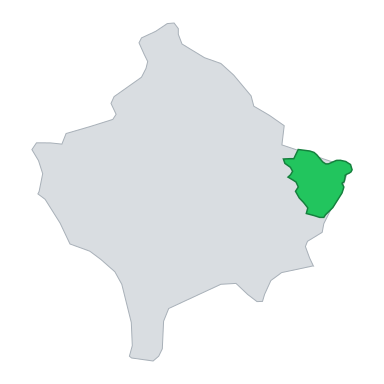 where Kosovska Kamenica sits in Kosovo
{"feature_id": "KOS-5907", "entity_name": "Kosovska Kamenica", "entity_type": "District", "adm_level": 1, "iso_a3": "XKX", "parent_name": "Kosovo", "parent_adm1": "", "projection": "equal_earth", "projection_center": [21.605, 42.591], "detail": "fine", "context": "in_parent", "style": "filled", "palette": "green", "viewbox_px": 384, "rotation_deg": 0, "n_neighbors": 0, "source": "natural_earth", "source_scale": "10m", "svg_char_len": 1613}
<svg xmlns="http://www.w3.org/2000/svg" viewBox="0 0 384 384"><path d="M89.9,126.6L112.8,119.4L116.1,114.3L111.0,103.4L114.1,96.6L141.5,77.2L146.0,68.4L147.7,61.5L144.1,54.2L139.0,42.8L141.5,37.9L155.7,31.3L167.2,23.6L174.1,23.0L178.3,28.6L178.3,34.3L182.0,44.0L190.5,49.2L204.5,57.7L220.9,63.5L233.7,75.1L251.1,95.9L253.8,106.2L269.5,115.4L284.2,125.7L281.9,144.9L331.8,161.7L343.1,161.6L348.4,164.5L348.3,168.9L344.4,182.3L323.8,223.7L322.2,232.3L307.5,241.3L305.4,246.5L309.6,258.0L313.4,266.0L313.1,265.9L281.6,272.6L270.9,280.5L264.6,294.3L262.5,301.4L257.0,301.6L247.7,294.5L236.0,283.4L220.8,284.3L168.7,308.5L163.6,321.2L162.3,348.8L158.7,356.2L153.1,361.0L131.6,358.0L129.4,356.2L132.3,345.6L131.3,322.5L121.8,284.3L114.9,271.8L100.8,259.4L89.8,251.2L70.0,244.0L60.1,223.1L45.1,199.3L37.9,193.9L39.1,191.5L42.7,173.7L38.5,160.6L31.9,149.6L36.5,142.8L50.4,142.9L61.9,144.1L66.1,133.5L89.9,126.6Z" fill="#d9dde1" stroke="#a8b0b8" stroke-width="1"/><path d="M298.2,149.5L309.8,151.0L314.0,152.4L316.8,154.8L322.7,161.9L325.7,163.9L328.4,163.9L336.4,160.4L340.4,160.3L345.8,161.5L346.8,162.2L350.5,164.5L352.1,169.8L351.0,171.9L349.1,173.2L346.9,174.1L345.1,175.4L345.3,176.1L344.3,181.0L344.0,181.6L343.7,182.1L342.4,182.7L342.1,183.4L342.4,184.4L343.7,186.5L343.8,187.4L342.0,193.0L332.8,207.6L325.5,214.8L323.8,217.4L319.7,217.4L314.2,215.6L306.3,213.5L307.8,207.9L303.5,202.4L299.3,198.0L295.5,191.3L298.3,187.0L296.0,182.0L293.2,180.2L288.0,177.1L290.6,174.7L292.6,171.3L290.4,167.3L284.9,163.4L283.4,159.0L289.8,158.7L293.8,158.7L298.2,149.5Z" fill="#22c55e" stroke="#15803d" stroke-width="1.5"/></svg>